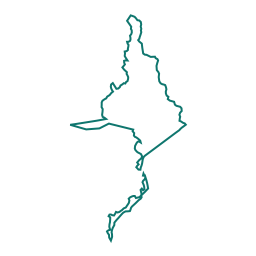 outline of Pedreiras, Maranhão, Brazil
{"feature_id": "56859067B63468950003415", "entity_name": "Pedreiras", "entity_type": "district", "adm_level": 2, "iso_a3": "BRA", "parent_name": "Brazil", "parent_adm1": "Maranhão", "projection": "robinson", "projection_center": [-44.591, -4.656], "detail": "fine", "context": "isolated", "style": "outline", "palette": "teal", "viewbox_px": 256, "rotation_deg": 0, "n_neighbors": 0, "source": "geoboundaries", "source_scale": "gbopen_adm2", "svg_char_len": 3212}
<svg xmlns="http://www.w3.org/2000/svg" viewBox="0 0 256 256"><path d="M140.4,169.7L140.8,167.4L141.5,165.7L142.1,163.5L142.7,159.6L143.5,157.3L144.7,155.9L157.2,146.6L175.4,133.0L179.4,130.1L180.4,128.9L182.0,127.5L183.3,126.6L185.8,124.7L184.7,123.4L183.0,122.8L181.1,121.5L179.5,120.8L179.8,118.4L180.2,116.7L179.4,114.8L180.1,112.7L181.7,111.0L181.5,108.3L180.2,106.8L178.3,106.3L176.4,105.8L174.9,104.6L174.1,101.8L171.6,101.1L169.8,100.6L167.8,99.1L168.4,96.8L166.7,95.6L165.9,93.5L165.8,91.6L166.4,89.3L166.0,87.3L165.2,85.1L163.6,84.5L162.2,84.2L160.6,83.3L159.3,81.3L158.7,77.1L159.1,73.7L158.4,72.1L156.8,70.1L156.5,65.9L157.3,62.9L158.1,60.5L157.4,59.1L155.7,58.2L154.9,56.7L150.7,56.9L146.5,54.8L144.9,54.7L143.2,53.5L142.6,49.8L142.3,47.9L142.1,46.2L141.8,43.6L139.2,41.5L138.2,40.1L139.3,38.7L139.7,37.1L140.5,34.8L141.3,32.1L140.9,30.6L141.3,28.8L140.7,26.6L141.2,24.4L140.8,22.0L139.3,20.5L137.4,20.2L136.0,18.3L134.6,16.8L132.6,16.0L130.7,15.4L127.1,20.8L128.2,22.4L129.7,24.5L131.2,26.7L130.9,28.9L131.7,30.3L131.8,32.5L131.2,34.3L130.0,35.7L130.4,37.5L130.5,39.3L130.1,40.8L128.5,41.8L127.1,41.8L127.6,43.6L128.5,44.9L128.3,46.8L127.9,48.4L127.9,50.0L126.7,51.1L124.7,51.5L125.0,53.5L124.7,56.0L125.8,57.9L127.5,60.5L125.7,60.4L124.1,60.8L124.2,62.8L124.9,64.4L123.6,66.0L122.4,67.4L124.1,69.6L126.9,72.2L126.6,73.9L127.4,75.3L128.2,77.1L128.1,78.9L127.5,81.1L126.1,82.0L125.3,83.5L123.8,83.2L122.2,84.5L120.5,85.5L119.9,87.0L118.3,88.5L116.4,88.8L112.8,83.1L111.1,84.5L110.8,86.7L111.2,88.4L112.1,90.3L113.0,91.6L111.3,93.0L109.6,95.1L107.2,96.6L106.2,98.4L104.6,99.2L102.5,100.7L101.7,102.4L101.7,104.8L101.6,107.2L102.7,109.1L102.5,111.9L102.1,114.9L102.7,116.9L104.4,117.7L106.1,119.0L96.7,120.7L74.6,124.2L73.0,124.4L70.2,124.8L86.2,129.4L99.4,128.4L108.9,123.6L133.2,129.6L132.6,131.2L134.2,133.1L133.9,135.6L135.0,136.9L136.3,137.4L138.2,138.8L140.2,140.6L140.7,142.5L138.9,141.4L137.6,141.8L136.5,143.2L135.1,145.9L134.8,148.5L135.4,150.0L136.9,151.7L138.0,152.5L139.6,153.3L141.0,154.1L142.1,156.3L141.2,158.5L139.2,160.1L137.2,162.5L138.6,164.4L137.2,165.8L136.3,167.2L138.5,169.6L140.4,169.7ZM141.3,195.3L139.5,197.1L137.6,197.6L135.9,198.0L134.8,196.0L133.3,196.0L131.8,196.5L130.2,197.3L128.7,198.7L129.4,200.5L128.8,203.0L127.4,205.1L125.8,207.5L123.7,208.4L122.0,210.1L120.6,211.0L119.5,211.9L117.6,212.5L116.0,211.9L115.1,213.8L114.0,215.5L112.3,215.2L110.9,214.5L109.5,214.6L108.6,216.2L110.2,217.3L110.2,219.3L110.0,222.1L109.5,224.3L109.3,226.8L110.1,229.8L108.4,230.3L107.0,231.4L107.7,233.0L109.0,234.8L109.2,237.6L110.9,240.6L112.1,236.8L112.0,234.2L111.6,232.3L112.0,230.0L112.8,227.8L114.3,225.1L114.4,222.6L116.7,219.8L118.3,218.1L120.3,215.8L122.0,213.9L123.3,212.6L125.5,211.4L128.1,211.3L129.9,211.1L130.5,209.7L131.0,207.9L131.9,206.6L134.4,204.3L135.7,203.1L136.8,202.0L138.6,200.2L140.7,198.7L141.6,197.3L141.3,195.3ZM141.8,188.6L140.6,189.9L141.0,191.7L141.5,193.6L141.3,195.3L144.9,191.9L146.1,190.6L148.1,188.5L147.6,185.5L147.0,182.6L146.4,180.3L145.4,177.1L144.7,179.3L143.2,180.7L142.5,182.2L143.7,184.9L144.2,186.9L144.4,189.3L143.0,190.2L141.8,188.6ZM144.5,175.8L143.5,173.6L143.0,175.6L144.5,175.8Z" fill="none" stroke="#0f766e" stroke-width="2"/></svg>